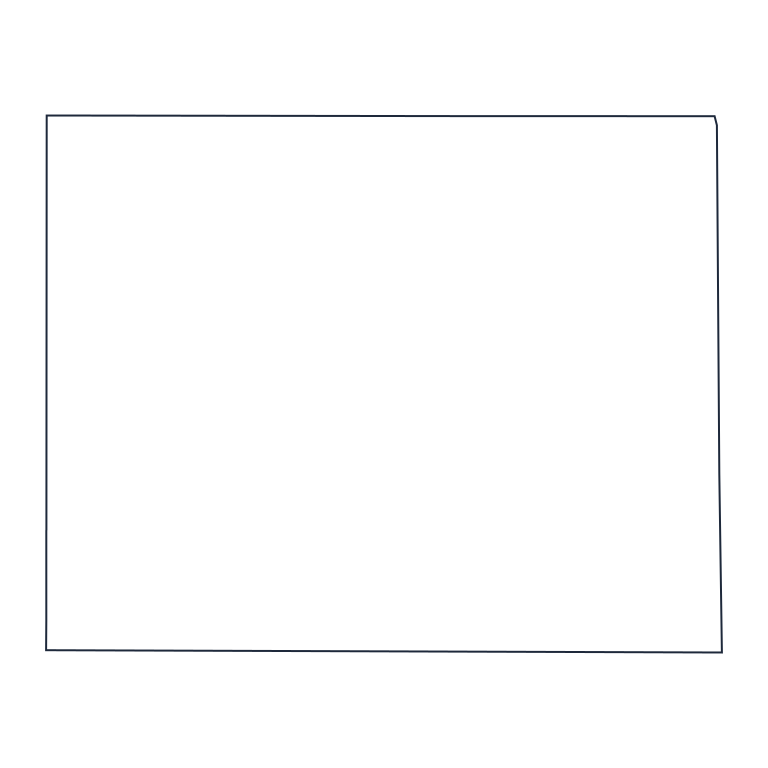 outline of Benton, Indiana, United States of America
{"feature_id": "52423323B35490357444404", "entity_name": "Benton", "entity_type": "district", "adm_level": 2, "iso_a3": "USA", "parent_name": "United States of America", "parent_adm1": "Indiana", "projection": "mercator", "projection_center": [-87.341, 40.606], "detail": "fine", "context": "isolated", "style": "outline", "palette": "slate", "viewbox_px": 768, "rotation_deg": 0, "n_neighbors": 0, "source": "geoboundaries", "source_scale": "gbopen_adm2", "svg_char_len": 276}
<svg xmlns="http://www.w3.org/2000/svg" viewBox="0 0 768 768"><path d="M719.3,473.5L716.9,125.3L714.6,116.2L450.8,116.1L46.7,115.5L46.4,530.0L46.3,530.6L46.3,620.0L46.3,620.7L46.1,649.6L46.1,650.2L721.9,652.5L719.3,473.5Z" fill="none" stroke="#1e293b" stroke-width="2"/></svg>